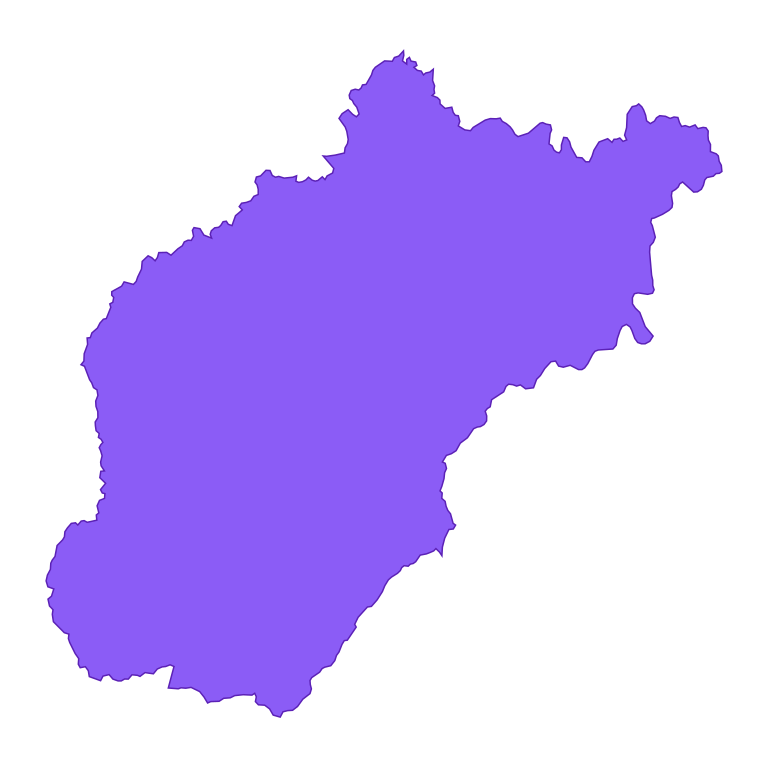 the district of Torixoréu, Mato Grosso, Brazil
{"feature_id": "56859067B4494078996618", "entity_name": "Torixoréu", "entity_type": "district", "adm_level": 2, "iso_a3": "BRA", "parent_name": "Brazil", "parent_adm1": "Mato Grosso", "projection": "equal_earth", "projection_center": [-52.851, -16.299], "detail": "fine", "context": "isolated", "style": "filled", "palette": "violet", "viewbox_px": 768, "rotation_deg": 0, "n_neighbors": 0, "source": "geoboundaries", "source_scale": "gbopen_adm2", "svg_char_len": 6028}
<svg xmlns="http://www.w3.org/2000/svg" viewBox="0 0 768 768"><path d="M89.3,676.6L100.6,680.7L103.0,676.1L109.1,674.6L112.9,679.1L118.0,680.9L121.3,680.9L124.6,679.0L128.3,679.1L132.0,674.8L137.4,675.3L140.0,676.4L145.0,672.6L153.4,673.8L157.3,669.0L162.1,666.9L165.7,666.5L170.1,664.8L174.0,666.5L168.3,688.0L178.3,688.8L181.0,687.8L185.7,688.2L191.1,687.4L199.7,691.6L204.0,697.0L207.6,703.0L210.7,701.6L219.1,701.3L223.7,698.3L230.3,697.8L234.7,695.6L243.2,694.7L252.0,695.1L254.7,693.3L256.3,696.8L255.4,701.6L258.4,704.8L264.7,705.2L269.6,708.9L273.2,715.1L280.2,717.1L283.0,711.8L287.7,710.6L292.6,710.3L297.6,706.4L302.8,699.2L310.0,693.6L311.4,688.9L310.3,684.5L310.0,680.5L311.7,677.6L319.6,672.2L322.1,668.6L324.7,667.2L330.8,665.7L334.8,660.6L336.5,655.4L339.0,652.0L342.0,644.4L344.3,640.6L347.3,640.2L356.2,627.1L354.7,624.3L358.1,617.3L367.4,607.0L371.4,606.4L377.1,599.9L382.4,591.6L384.8,585.7L388.4,579.8L391.6,577.0L397.5,573.3L400.3,570.6L401.7,567.6L404.1,565.7L408.2,566.2L410.4,564.1L413.2,563.5L415.7,561.7L420.2,555.1L426.4,553.9L430.3,552.4L433.7,550.9L435.9,548.6L439.5,552.1L441.9,555.7L442.4,547.1L444.7,538.2L448.9,529.5L453.3,529.0L455.6,525.1L453.1,523.3L450.5,513.8L447.8,510.4L446.1,506.3L445.1,501.3L441.8,498.4L442.2,493.0L440.0,490.9L441.8,486.4L444.0,478.7L444.6,472.7L446.5,468.5L445.2,463.3L442.4,462.0L446.4,455.4L451.4,453.7L456.1,450.7L460.3,443.1L467.4,437.8L473.6,428.7L477.4,427.0L480.4,426.6L484.0,424.5L486.6,420.9L486.7,415.9L485.2,411.2L487.4,408.5L490.2,406.8L491.6,399.7L503.7,391.8L506.0,386.4L508.6,384.2L512.9,384.7L516.6,386.1L520.4,384.9L525.6,388.8L533.5,387.8L536.6,379.3L540.4,375.5L544.7,368.6L551.0,361.7L555.6,361.1L558.6,366.1L563.3,367.2L570.2,365.3L578.6,369.6L581.9,369.6L584.6,367.9L587.8,363.6L592.5,354.6L594.9,351.3L598.3,350.0L612.9,349.0L616.2,345.2L617.3,338.6L620.1,330.4L622.2,326.5L626.4,324.4L630.1,326.9L631.9,330.5L634.8,338.5L637.7,342.5L641.5,343.8L645.1,343.8L649.8,341.3L653.1,336.1L645.2,326.6L639.8,312.5L635.3,308.1L632.5,303.9L632.4,297.7L634.4,293.7L638.1,292.9L647.7,294.3L652.5,293.2L654.1,289.8L652.8,285.6L652.7,280.1L651.6,275.2L649.6,252.2L650.0,246.0L653.3,242.3L655.3,237.2L652.3,225.6L650.7,222.3L651.7,218.5L654.3,218.0L662.5,214.3L669.0,210.3L672.0,207.4L672.6,203.4L671.4,195.7L672.0,191.6L675.7,189.3L678.2,187.0L679.7,183.9L682.6,182.0L693.7,192.1L697.5,191.8L701.4,189.2L703.4,185.3L704.8,179.9L706.9,177.5L713.3,176.2L716.0,173.6L719.4,173.3L721.9,171.5L721.3,165.3L719.2,161.4L718.3,155.9L716.2,153.8L710.4,151.6L710.5,144.5L708.4,140.1L708.0,135.7L708.2,131.0L706.0,127.8L703.1,127.4L697.8,128.6L695.1,124.9L689.6,127.1L685.2,125.6L681.6,126.5L679.5,122.6L677.9,117.5L674.0,117.0L670.1,118.4L665.5,116.3L659.7,115.7L656.5,117.8L654.5,121.1L650.3,123.6L646.6,120.8L645.6,115.2L643.6,109.9L641.8,106.8L638.7,103.9L636.4,105.7L632.2,106.6L627.2,114.3L626.6,127.6L624.6,135.2L626.7,139.9L623.0,141.4L619.8,138.0L616.7,139.2L614.0,139.3L612.0,142.4L607.7,138.7L599.0,142.0L593.9,150.3L592.0,156.3L589.3,161.8L585.7,161.8L582.0,157.8L576.7,157.4L571.0,147.1L569.6,141.8L567.0,137.8L563.7,137.4L561.4,145.0L561.4,149.7L559.4,152.8L556.6,152.2L554.0,150.1L552.1,145.9L549.0,143.9L550.1,133.4L551.6,129.9L550.4,124.9L546.1,124.1L542.7,122.6L540.1,123.2L528.4,133.2L518.0,136.6L514.9,134.2L512.5,129.9L510.1,126.8L506.3,123.6L502.3,121.4L500.2,118.1L496.2,118.8L490.3,118.6L485.2,120.1L473.2,127.4L470.5,130.7L464.8,129.9L458.3,125.9L459.8,121.4L458.3,115.7L455.3,115.3L453.2,112.4L451.8,107.2L445.1,108.4L440.1,103.9L439.9,100.1L437.4,97.6L432.1,95.5L434.6,93.2L434.0,89.4L434.6,85.9L432.6,80.5L433.3,69.2L429.8,72.1L425.7,73.0L423.5,74.9L421.2,71.1L417.4,70.4L413.9,67.3L416.9,65.5L415.7,62.0L411.0,61.1L409.4,57.4L406.7,59.4L406.7,64.1L402.5,60.9L403.8,55.4L403.5,50.9L398.7,56.1L394.4,57.5L392.3,61.3L384.6,60.9L375.3,67.3L372.9,70.4L371.5,74.9L366.1,84.4L362.5,84.9L361.1,88.0L358.8,90.0L355.2,89.2L351.2,90.5L349.2,95.1L349.8,98.6L352.4,100.5L353.8,103.6L356.8,107.2L359.1,114.0L356.4,116.8L352.6,114.3L348.1,109.7L342.1,113.7L339.0,118.4L345.2,127.0L346.8,131.4L348.2,139.5L347.5,143.6L345.1,147.8L344.4,153.0L335.2,155.1L326.6,156.3L323.2,156.0L333.8,168.4L332.6,173.0L327.1,175.9L325.0,179.6L322.3,176.8L317.9,180.5L315.2,181.1L312.2,180.2L308.5,177.2L305.9,179.9L302.5,181.7L298.7,182.4L295.9,181.2L296.6,175.8L292.9,177.2L284.2,178.1L278.7,176.4L275.5,177.2L272.3,175.5L270.0,170.5L266.0,170.3L260.6,175.9L256.4,177.0L255.0,182.0L257.1,184.9L258.2,189.2L258.2,194.5L253.9,196.3L250.8,200.8L246.4,202.4L241.6,203.2L239.2,206.6L242.3,209.9L235.5,215.7L232.0,225.6L228.3,224.3L226.3,221.2L223.1,221.7L220.7,225.5L218.6,227.3L214.7,227.8L211.3,230.8L210.2,234.3L211.6,238.1L203.9,235.1L200.0,228.7L194.0,227.6L192.4,230.3L193.6,236.3L191.3,240.4L188.0,240.2L184.3,241.9L182.3,245.8L178.0,248.7L171.0,255.2L166.7,252.4L158.8,252.6L157.4,257.5L155.1,260.8L151.8,257.7L148.1,255.8L142.2,261.4L141.5,269.1L137.7,277.0L136.2,281.4L133.4,284.4L124.1,281.9L121.6,286.2L111.8,291.6L111.7,295.2L113.7,297.4L112.8,302.3L109.8,303.9L110.8,307.3L106.3,318.6L103.4,319.2L100.0,323.0L97.4,328.1L91.9,332.9L90.3,337.6L87.1,338.0L87.6,344.4L84.2,353.7L83.9,361.1L81.0,364.7L84.5,366.3L89.6,379.7L91.7,382.8L93.5,387.6L97.0,389.9L97.9,395.5L95.7,401.1L96.0,406.4L97.8,411.6L97.9,417.7L95.2,422.0L95.4,425.8L96.1,430.7L99.2,433.5L98.4,437.4L101.1,439.3L102.9,442.4L100.8,444.7L99.2,447.7L100.6,450.7L102.1,455.8L100.6,462.1L101.1,465.8L104.4,470.9L100.8,471.3L99.8,477.7L105.6,483.3L100.5,489.6L102.3,493.0L104.9,493.6L104.5,498.4L99.5,500.4L97.1,505.8L98.8,512.9L96.3,515.0L96.8,520.2L87.2,522.3L84.1,520.6L81.2,521.1L77.8,525.0L75.5,522.8L71.3,523.4L67.5,527.8L64.9,531.7L64.4,536.9L62.6,539.9L57.1,545.5L55.0,556.5L52.2,560.2L50.8,563.2L50.4,569.4L47.4,575.1L46.1,580.9L47.9,586.8L53.8,588.9L51.5,596.2L48.0,599.1L49.5,606.0L53.0,609.7L52.3,614.3L53.4,621.7L64.3,632.7L68.9,634.1L68.4,638.6L69.7,642.5L75.2,653.6L78.7,658.6L78.3,664.2L80.2,667.7L85.4,666.7L88.3,670.7L89.3,676.6Z" fill="#8b5cf6" stroke="#5b21b6" stroke-width="1.5"/></svg>